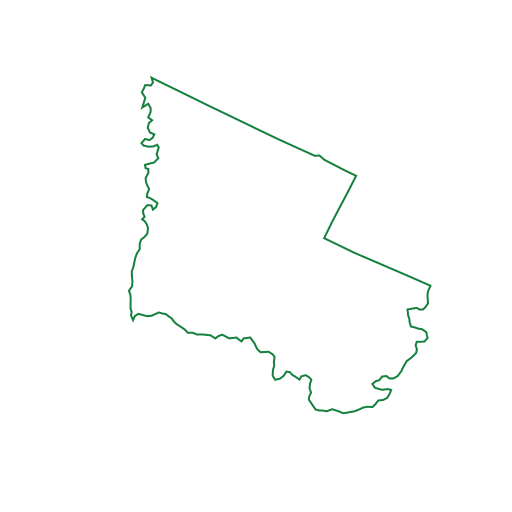 outline of Manoel Ribas, Paraná, Brazil, rotated 35°
{"feature_id": "56859067B35408611048404", "entity_name": "Manoel Ribas", "entity_type": "district", "adm_level": 2, "iso_a3": "BRA", "parent_name": "Brazil", "parent_adm1": "Paraná", "projection": "natural_earth1", "projection_center": [-51.634, -24.495], "detail": "fine", "context": "isolated", "style": "outline", "palette": "green", "viewbox_px": 512, "rotation_deg": 35, "n_neighbors": 0, "source": "geoboundaries", "source_scale": "gbopen_adm2", "svg_char_len": 2666}
<svg xmlns="http://www.w3.org/2000/svg" viewBox="0 0 512 512"><g transform="rotate(35 256 256)"><path d="M68.2,169.9L72.1,172.9L72.1,176.5L67.2,179.6L68.0,182.9L68.7,187.5L74.6,189.9L77.7,199.6L80.4,193.1L84.8,195.2L87.1,198.5L88.2,204.3L93.0,204.4L92.0,208.5L93.8,213.1L98.5,215.7L102.9,214.6L103.5,218.4L102.3,222.1L98.0,223.8L97.4,229.2L100.4,230.0L104.9,228.3L108.8,225.4L111.3,221.6L114.1,222.9L116.3,229.8L119.9,232.0L118.9,237.9L115.2,242.0L112.8,245.1L115.2,247.4L117.9,246.5L120.2,249.8L120.9,255.5L123.3,258.3L126.0,260.3L130.0,262.4L131.3,267.6L132.8,270.3L135.7,269.4L139.2,269.1L145.0,269.2L146.0,273.2L145.0,277.1L141.4,274.6L137.9,276.6L137.1,283.2L139.1,285.7L142.2,287.8L141.7,291.3L144.6,291.3L147.6,292.3L151.3,294.8L154.2,300.0L153.6,304.8L152.5,308.6L153.8,312.9L156.8,317.0L157.0,322.2L158.3,327.2L160.4,331.9L161.8,335.3L163.2,340.1L166.1,343.9L169.3,347.6L171.8,351.7L171.9,357.4L175.1,359.6L177.8,362.8L180.3,366.6L183.5,371.1L186.3,373.2L187.6,376.3L192.1,379.1L191.2,374.7L192.8,370.9L201.4,367.7L204.6,365.0L208.8,358.0L212.6,356.7L215.4,355.3L219.3,355.5L223.0,355.5L226.6,356.9L230.2,357.3L235.5,357.1L240.2,357.1L244.2,358.0L247.9,355.3L252.8,354.1L257.4,350.8L264.3,347.0L269.9,346.9L271.3,342.9L273.4,339.9L276.7,339.4L281.2,338.9L286.8,334.0L290.4,334.3L293.1,334.2L293.1,330.6L295.7,328.3L297.9,326.1L301.4,327.2L305.2,328.5L307.8,330.2L311.0,331.7L315.0,332.2L321.3,327.2L326.1,327.0L329.2,328.1L331.3,332.4L333.8,335.3L335.3,339.7L338.3,344.5L342.6,346.4L346.0,342.8L347.4,338.1L347.2,333.2L350.4,331.7L354.0,332.6L357.1,332.3L362.5,332.3L362.2,328.5L365.1,325.1L368.9,324.9L372.3,325.6L373.6,329.9L375.8,333.8L379.4,336.2L380.1,340.3L381.6,343.3L385.3,344.7L389.1,346.2L393.0,347.6L396.4,346.3L398.8,344.6L403.0,342.6L406.3,337.8L413.6,335.6L417.3,334.9L420.1,332.5L423.1,329.3L425.5,327.0L428.1,323.3L430.7,318.7L433.6,315.7L438.0,312.9L438.8,309.2L439.0,304.3L442.8,300.9L444.8,297.0L444.5,291.9L443.5,288.2L440.3,289.4L436.0,293.3L429.2,295.7L424.7,294.1L426.0,289.6L428.1,287.3L428.5,282.3L431.8,279.5L435.6,279.8L439.0,277.2L440.9,273.0L441.1,267.1L440.5,263.5L439.7,255.8L441.7,249.7L442.8,243.5L441.3,240.1L438.0,237.6L436.9,234.1L440.5,231.5L443.0,229.5L443.6,224.9L439.1,220.7L434.2,220.7L430.9,222.3L426.6,223.6L423.3,224.9L419.7,222.0L417.7,219.6L414.6,217.3L410.8,212.9L417.3,206.4L421.1,205.9L423.5,203.9L424.1,200.7L424.1,196.2L418.9,189.7L417.2,186.5L416.0,180.3L387.5,186.0L334.6,197.0L301.6,202.3L298.7,183.9L294.0,147.0L292.0,132.9L280.6,134.8L256.8,138.0L250.2,137.3L246.8,140.2L207.6,147.5L184.1,151.4L170.3,153.6L127.7,160.6L117.2,162.2L68.2,169.9Z" fill="none" stroke="#15803d" stroke-width="2"/></g></svg>